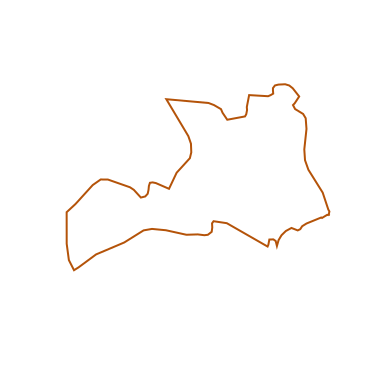 an SVG outline of Grevenmacher, rotated 58°
{"feature_id": "LUX-907", "entity_name": "Grevenmacher", "entity_type": "District", "adm_level": 1, "iso_a3": "LUX", "parent_name": "Luxembourg", "parent_adm1": "", "projection": "natural_earth1", "projection_center": [6.348, 49.652], "detail": "fine", "context": "isolated", "style": "outline", "palette": "amber", "viewbox_px": 384, "rotation_deg": 58, "n_neighbors": 0, "source": "natural_earth", "source_scale": "10m", "svg_char_len": 1273}
<svg xmlns="http://www.w3.org/2000/svg" viewBox="0 0 384 384"><g transform="rotate(58 192 192)"><path d="M167.8,50.5L171.2,57.9L171.8,60.3L176.3,60.6L184.7,56.4L189.7,56.5L199.2,61.5L215.4,74.2L224.9,79.3L234.8,81.5L261.8,81.5L279.1,85.7L281.3,85.8L284.3,88.6L284.2,88.4L283.0,89.4L282.9,95.5L282.1,95.9L279.4,111.6L279.4,116.7L280.9,119.9L280.6,122.7L275.2,126.7L274.8,133.1L276.1,139.0L278.7,144.1L282.8,148.6L277.9,147.0L275.3,148.1L273.3,151.6L277.2,155.2L278.3,156.8L236.9,179.0L228.2,189.2L229.2,191.6L232.8,193.6L236.2,196.4L236.7,201.2L235.2,204.4L231.0,209.6L225.3,219.4L210.6,234.4L202.1,245.5L198.9,253.4L198.9,276.2L197.8,283.2L194.1,306.4L195.8,328.2L195.8,333.5L184.5,332.5L169.5,325.7L142.7,309.0L140.4,297.0L133.5,272.5L133.0,262.8L136.9,256.7L155.1,242.1L159.3,240.2L169.6,238.3L171.0,234.0L170.0,230.5L167.1,227.7L164.1,225.4L161.9,222.8L163.0,220.3L165.3,217.9L177.1,209.8L167.5,194.8L162.2,175.9L158.0,171.6L150.5,167.3L142.7,165.5L99.7,164.6L125.3,130.8L129.9,127.3L137.1,123.5L141.0,124.1L149.4,123.8L156.0,107.0L154.8,104.8L151.7,101.9L149.0,100.5L140.1,92.2L151.1,76.7L151.5,74.1L151.6,71.0L148.7,69.5L146.8,68.3L145.6,65.2L146.7,61.8L150.0,55.9L153.2,53.1L157.4,51.6L167.6,50.5L167.8,50.5Z" fill="none" stroke="#b45309" stroke-width="2"/></g></svg>